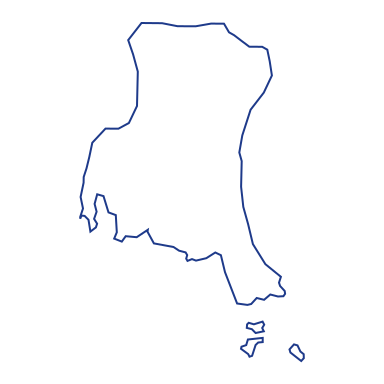 the district of Kwaksan, P'yŏngan-bukto, North Korea
{"feature_id": "82179303B20796163774072", "entity_name": "Kwaksan", "entity_type": "district", "adm_level": 2, "iso_a3": "PRK", "parent_name": "North Korea", "parent_adm1": "P'yŏngan-bukto", "projection": "orthographic", "projection_center": [125.081, 39.675], "detail": "fine", "context": "isolated", "style": "outline", "palette": "blue", "viewbox_px": 384, "rotation_deg": 0, "n_neighbors": 0, "source": "geoboundaries", "source_scale": "gbopen_adm2", "svg_char_len": 1555}
<svg xmlns="http://www.w3.org/2000/svg" viewBox="0 0 384 384"><path d="M267.3,49.7L262.2,46.8L249.3,46.7L241.7,41.0L234.1,35.2L229.0,32.3L224.0,23.7L211.1,23.6L195.6,26.3L177.5,26.2L162.1,23.2L141.5,23.0L128.2,40.1L133.1,54.4L137.8,71.6L137.4,88.8L137.0,106.0L128.9,123.0L118.4,128.7L105.5,128.6L92.3,142.7L89.3,157.0L86.5,168.4L83.7,177.0L83.6,182.7L80.6,197.0L83.0,208.5L80.2,217.0L80.2,218.7L81.5,215.6L84.6,215.9L88.5,219.8L90.4,231.6L95.9,227.4L97.1,223.7L94.1,218.9L96.6,211.7L94.6,203.9L97.2,194.3L103.5,196.1L108.5,212.4L115.8,215.1L116.8,232.3L114.2,238.6L121.8,241.6L125.7,236.2L136.7,237.2L138.8,235.8L147.8,229.8L147.5,231.7L153.9,243.4L173.5,247.0L179.1,250.7L185.6,252.4L187.2,255.1L186.2,258.6L187.5,260.9L192.0,259.1L196.0,260.6L206.3,258.2L215.3,252.5L220.9,255.2L225.0,272.2L225.4,273.2L237.1,303.5L247.4,304.9L251.2,304.0L256.7,298.0L264.1,299.8L270.3,294.5L278.0,296.5L283.4,296.2L285.1,293.8L284.7,291.0L280.1,286.0L279.0,282.7L280.9,276.8L265.4,264.2L252.9,244.1L248.1,224.1L243.3,206.9L241.1,186.8L241.7,161.1L239.3,152.5L242.3,135.4L250.6,109.7L263.8,92.6L271.9,75.5L269.7,61.2L267.3,49.7ZM252.1,355.8L255.6,345.0L258.2,342.5L262.7,342.1L262.7,337.9L247.9,339.5L246.2,345.1L241.5,346.7L241.0,348.8L248.2,354.1L249.5,356.7L252.1,355.8ZM303.8,358.2L303.7,354.2L300.4,351.5L297.5,345.4L294.0,344.4L289.5,349.4L290.4,352.5L301.2,361.0L303.8,358.2ZM262.6,321.6L253.9,324.3L248.7,322.8L247.1,324.4L246.8,327.9L251.9,329.2L255.6,333.0L263.8,331.3L262.2,328.0L264.2,324.7L262.6,321.6Z" fill="none" stroke="#1e3a8a" stroke-width="2"/></svg>